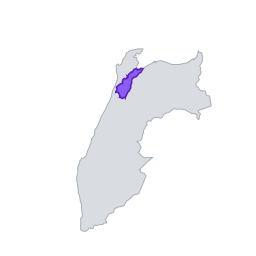 Cajamarca on a map of Peru (Equal Earth projection), rotated 45°
{"feature_id": "PER-578", "entity_name": "Cajamarca", "entity_type": "Department", "adm_level": 1, "iso_a3": "PER", "parent_name": "Peru", "parent_adm1": "", "projection": "equal_earth", "projection_center": [-78.825, -6.177], "detail": "fine", "context": "in_parent", "style": "filled", "palette": "violet", "viewbox_px": 256, "rotation_deg": 45, "n_neighbors": 0, "source": "natural_earth", "source_scale": "10m", "svg_char_len": 6852}
<svg xmlns="http://www.w3.org/2000/svg" viewBox="0 0 256 256"><g transform="rotate(45 128 128)"><path d="M171.9,71.4L171.8,72.1L171.1,72.5L170.5,72.0L169.5,72.1L168.1,70.4L164.7,70.6L163.2,72.7L160.9,73.1L158.5,74.1L155.7,74.5L151.3,77.8L150.3,79.1L148.3,81.0L146.7,81.7L145.9,87.6L144.3,91.0L143.6,93.0L144.5,95.8L144.5,97.2L143.6,98.3L142.9,98.5L141.4,99.7L139.1,102.3L138.7,104.3L139.4,107.0L139.2,107.3L137.3,107.8L137.4,109.2L137.0,109.8L138.5,111.9L139.4,112.4L139.5,113.0L139.3,113.5L139.0,113.7L138.9,114.2L140.0,115.8L140.8,118.9L142.5,120.5L142.5,121.5L142.9,122.5L143.8,123.2L145.7,126.4L145.8,127.9L143.7,131.2L147.1,131.2L150.8,132.4L151.3,132.9L151.7,134.4L151.8,135.4L152.5,136.2L152.4,138.1L157.4,138.1L160.5,137.6L165.7,132.0L166.5,131.5L166.1,132.8L166.0,133.6L166.3,134.6L165.7,136.0L165.5,149.6L166.4,148.9L167.6,150.2L168.5,150.3L171.3,148.7L174.6,149.0L182.0,166.8L181.3,168.0L181.3,168.9L180.4,169.7L179.4,171.1L179.3,178.2L178.5,180.3L178.9,181.4L179.3,183.6L180.0,185.0L180.1,185.9L180.1,186.2L179.0,186.9L178.9,188.2L177.0,190.7L176.6,192.4L175.9,193.0L175.7,194.9L177.4,198.0L176.3,199.9L175.2,202.6L176.8,208.4L177.5,209.2L178.3,209.2L179.4,209.7L180.0,210.6L178.6,211.6L178.3,212.1L178.4,214.0L176.9,215.4L174.8,219.1L174.2,219.3L173.2,220.3L173.0,220.9L173.2,221.4L174.0,222.5L174.1,223.8L172.6,225.4L171.6,225.6L171.2,226.0L171.6,228.3L171.5,229.3L171.2,230.4L170.5,231.7L168.3,233.1L166.3,233.3L163.0,230.0L162.0,228.6L158.7,225.8L158.2,222.8L157.1,221.4L155.1,220.3L153.5,218.8L152.3,218.1L149.3,214.8L146.5,213.7L141.5,210.2L138.7,209.0L135.2,205.7L133.3,204.8L131.8,203.3L127.1,200.0L126.4,199.0L125.7,197.4L124.7,196.4L123.5,194.2L121.8,192.9L120.1,191.1L118.1,186.5L117.1,185.4L117.1,183.3L116.4,182.3L117.4,181.7L118.1,178.4L117.7,176.7L115.4,172.3L114.9,170.4L113.2,167.1L112.6,165.0L111.2,163.5L110.6,162.2L109.9,161.7L109.8,160.1L109.3,157.1L108.5,155.6L105.8,152.8L105.5,149.8L104.9,147.6L101.1,139.0L98.9,130.8L97.0,126.2L96.2,123.5L96.1,122.1L94.7,119.6L94.0,117.4L90.9,113.0L89.1,108.2L88.8,106.8L87.6,104.2L85.6,100.7L84.6,99.3L78.5,95.1L75.7,92.5L75.4,91.1L75.5,90.4L76.1,89.6L77.0,90.2L77.5,90.0L77.9,89.0L77.9,87.6L77.4,85.7L75.5,82.2L76.0,80.6L74.0,76.4L74.5,72.4L74.9,71.4L77.8,67.3L78.6,65.5L79.9,64.4L81.2,62.8L82.7,61.5L83.1,62.0L83.6,64.2L83.5,65.6L84.0,67.2L82.9,68.7L81.7,68.4L81.3,68.8L81.1,69.4L81.3,70.6L81.6,71.0L82.5,71.1L81.3,73.2L81.4,73.6L82.2,74.0L83.0,73.5L83.8,72.2L84.3,72.1L87.2,74.2L88.6,73.9L89.7,74.9L89.8,76.4L91.3,79.4L93.4,80.1L93.8,79.9L94.3,78.8L94.8,78.6L94.9,76.9L96.8,75.2L97.1,74.0L96.8,73.1L96.9,72.4L98.0,68.5L98.3,68.1L98.7,66.8L99.1,66.1L99.7,61.6L100.3,61.7L100.8,62.7L101.3,62.4L101.0,61.5L101.1,61.1L103.2,57.6L103.9,56.8L114.1,52.0L119.2,47.0L123.7,40.0L125.1,32.9L125.6,33.4L126.4,33.3L126.1,30.4L126.3,29.1L126.3,28.7L124.9,27.0L124.3,25.1L123.1,24.0L123.2,23.6L124.5,24.0L125.6,23.9L126.6,22.7L127.4,22.8L129.0,24.4L130.3,24.5L130.7,25.7L131.9,26.5L133.6,29.0L134.4,31.6L134.3,32.1L135.1,33.5L136.7,34.2L138.4,36.1L140.1,36.7L140.8,38.5L141.3,39.0L141.5,40.1L141.3,41.2L141.5,41.9L142.8,42.9L143.9,43.0L144.1,43.5L144.7,46.4L144.3,47.9L144.5,48.7L145.9,49.4L146.3,50.0L147.4,50.1L149.0,49.5L151.0,50.4L152.5,50.1L153.2,49.9L153.9,49.2L154.5,49.2L156.1,47.4L156.5,47.2L158.2,48.0L159.6,49.3L161.3,49.1L162.0,48.3L163.3,47.8L165.6,49.4L166.0,50.1L166.7,50.3L169.1,51.8L169.5,52.5L170.8,53.1L171.1,53.6L171.0,54.1L165.3,66.1L167.0,67.1L168.7,66.5L169.5,67.3L170.1,69.2L171.4,70.5L171.9,71.4Z" fill="#d9dde1" stroke="#a8b0b8" stroke-width="1"/><path d="M93.6,80.4L93.8,80.1L94.0,79.8L94.1,79.5L94.2,79.0L94.3,78.8L94.4,78.7L94.7,78.7L94.9,78.6L95.0,78.4L94.9,78.1L94.7,77.6L94.7,77.3L94.8,77.0L95.0,76.7L95.4,76.2L95.7,75.9L96.5,75.5L96.6,75.4L96.7,75.8L97.1,76.7L97.2,77.7L97.3,78.2L97.5,78.5L97.6,78.9L97.7,79.0L97.7,79.6L97.7,79.8L97.7,80.0L97.6,80.3L97.4,80.5L97.2,81.4L97.1,81.7L97.1,81.9L97.1,82.1L97.2,82.3L97.3,82.9L97.4,83.3L97.5,84.5L97.4,85.6L97.4,85.8L97.5,85.9L97.5,86.0L97.4,86.4L97.2,86.6L96.7,87.6L96.5,88.0L96.4,88.1L96.3,88.3L96.4,88.5L96.5,88.6L96.4,88.8L96.2,88.9L96.2,89.0L96.0,89.4L96.0,89.5L96.1,89.9L96.1,90.1L96.3,90.3L96.4,90.6L96.6,91.1L96.7,91.3L97.2,92.0L97.3,92.1L97.3,92.4L97.4,92.5L97.6,92.7L97.8,92.7L98.0,92.8L98.2,93.0L98.6,93.3L98.8,93.6L98.9,93.8L99.0,94.2L99.3,94.8L99.7,95.9L99.9,96.2L100.4,96.5L100.7,96.8L101.1,97.0L101.3,97.5L101.6,97.9L101.7,98.1L102.0,99.3L102.5,100.4L102.6,100.6L102.6,100.8L102.6,101.4L102.5,101.5L102.4,101.6L102.5,101.7L102.6,101.9L102.6,102.0L102.5,102.4L102.5,102.7L102.6,103.0L102.6,103.3L102.8,103.5L102.9,103.9L103.1,104.3L103.2,105.0L103.3,105.3L103.5,105.5L103.6,105.8L103.7,106.0L103.8,106.1L103.8,106.3L103.8,106.6L103.9,106.8L104.0,106.8L104.0,107.3L104.1,107.7L104.2,108.0L104.5,108.2L104.7,108.4L104.7,108.6L104.8,108.8L104.6,108.7L104.2,108.8L103.9,108.9L103.4,109.3L103.4,109.5L103.4,109.8L103.4,110.0L103.4,110.3L103.3,110.7L103.2,111.0L102.8,111.2L102.7,111.2L102.2,111.4L102.1,111.5L102.0,111.4L101.9,111.3L101.8,111.2L101.7,111.1L101.1,111.7L100.8,112.1L100.6,112.1L100.4,112.2L100.2,112.3L100.1,112.1L100.1,111.7L100.0,111.4L99.8,111.4L99.6,111.3L99.5,111.2L99.4,111.0L99.4,110.9L99.2,110.8L98.9,110.9L98.5,110.8L98.3,110.6L98.0,110.3L97.7,110.0L97.4,109.9L97.1,110.0L96.9,110.0L96.7,110.1L96.4,109.9L96.1,109.8L95.9,109.8L95.7,110.0L95.4,110.2L95.2,110.2L94.9,110.2L94.8,110.3L94.6,110.4L94.6,110.5L94.4,110.7L94.4,110.8L94.4,111.0L94.2,111.2L94.1,111.5L93.6,111.0L93.5,110.9L93.5,110.7L93.6,110.3L93.6,110.2L93.6,109.9L93.3,109.3L93.3,109.2L93.2,108.9L93.1,108.7L92.6,108.2L92.4,108.0L92.1,107.9L91.4,107.6L91.1,107.5L90.9,107.4L90.8,107.2L90.8,106.8L90.9,106.7L91.0,106.6L91.1,106.4L91.2,106.1L91.2,105.9L91.2,105.7L91.0,105.3L91.1,103.5L91.3,103.5L91.3,103.4L91.4,103.1L91.4,102.2L91.5,102.0L91.6,101.9L91.8,101.8L92.0,101.6L92.3,101.0L92.4,100.9L92.6,100.8L92.7,100.7L92.7,100.4L92.7,100.1L92.1,99.8L91.9,99.7L91.7,99.7L91.3,99.6L91.2,99.4L91.1,98.9L90.9,98.4L90.9,98.2L90.7,98.0L90.4,98.0L90.3,97.9L90.2,97.3L90.3,97.0L90.3,96.9L90.3,96.7L90.2,96.4L90.1,96.1L90.2,95.8L90.3,95.7L90.5,95.4L90.9,95.2L91.6,95.0L91.9,94.6L91.9,94.3L92.0,94.1L91.9,94.0L91.7,93.9L91.6,93.7L91.6,93.4L92.1,92.7L92.2,92.4L92.2,92.2L91.8,91.9L91.6,91.8L91.6,91.7L91.4,91.6L91.2,91.8L91.0,92.0L90.9,91.9L90.9,91.7L90.6,91.7L90.4,91.8L90.2,91.7L90.4,91.6L90.7,91.1L90.8,91.0L91.0,90.9L91.1,90.7L91.0,90.3L90.9,90.1L90.7,90.0L90.7,89.9L90.7,89.7L90.7,89.4L90.5,89.0L90.5,88.9L90.5,88.7L90.6,87.9L90.7,87.2L90.7,86.9L90.6,86.7L90.6,86.4L90.7,86.0L90.8,86.0L90.9,85.9L91.0,86.0L91.3,86.0L91.3,85.8L91.3,84.2L91.2,84.1L91.1,83.9L91.0,83.7L91.0,83.4L91.0,83.2L90.8,82.4L90.8,82.2L91.1,81.7L91.3,81.4L91.4,80.9L91.5,80.8L91.7,80.7L91.8,80.6L91.8,80.3L91.9,80.1L92.1,79.8L92.3,79.8L92.5,79.9L92.7,80.0L92.9,80.0L93.0,80.0L93.3,80.1L93.6,80.4Z" fill="#8b5cf6" stroke="#5b21b6" stroke-width="1.5"/></g></svg>